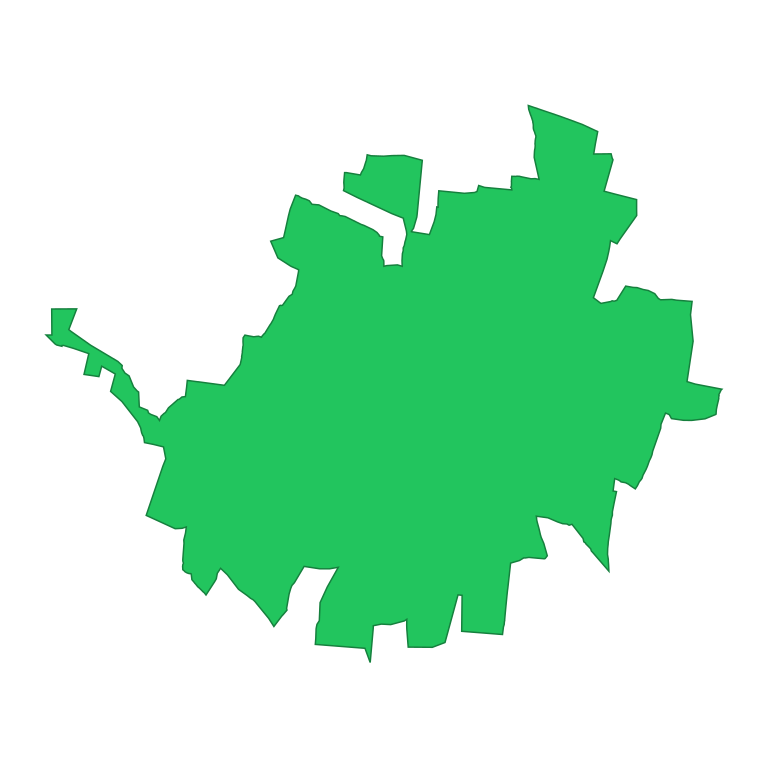 Sotuta, Yucatán, Mexico (Natural Earth projection)
{"feature_id": "50627088B40990940579560", "entity_name": "Sotuta", "entity_type": "district", "adm_level": 2, "iso_a3": "MEX", "parent_name": "Mexico", "parent_adm1": "Yucatán", "projection": "natural_earth1", "projection_center": [-88.999, 20.615], "detail": "fine", "context": "isolated", "style": "filled", "palette": "green", "viewbox_px": 768, "rotation_deg": 0, "n_neighbors": 0, "source": "geoboundaries", "source_scale": "gbopen_adm2", "svg_char_len": 6103}
<svg xmlns="http://www.w3.org/2000/svg" viewBox="0 0 768 768"><path d="M611.1,153.8L604.2,153.9L593.7,154.0L595.4,143.7L597.7,131.6L582.2,124.4L560.1,116.3L528.3,105.5L528.7,109.3L529.1,110.5L529.5,111.7L530.4,114.4L530.7,115.2L531.1,116.1L531.3,116.8L531.6,117.6L532.8,121.4L532.9,122.8L533.1,123.4L533.3,125.1L533.3,126.3L533.3,127.3L533.3,128.1L533.6,129.7L534.6,132.1L534.8,132.9L535.3,134.4L535.9,135.9L535.8,137.6L535.5,138.6L535.2,140.7L535.1,142.7L535.0,143.7L535.2,145.7L535.1,146.7L535.0,148.3L534.7,149.5L534.5,151.1L534.3,154.5L534.2,157.4L535.4,162.8L539.1,179.4L535.1,178.6L531.1,178.8L521.4,176.8L519.4,176.3L516.9,176.2L515.7,176.4L511.8,176.3L511.4,181.6L511.5,182.5L511.4,186.4L510.8,187.2L511.6,188.2L511.8,189.9L484.6,187.4L478.7,185.5L477.0,191.5L474.5,192.5L464.4,193.3L438.8,190.8L438.2,198.4L438.0,204.0L438.1,207.2L436.8,206.9L436.0,214.5L434.2,221.7L429.4,234.6L411.4,231.7L411.4,231.2L413.5,228.4L416.8,217.1L417.1,214.8L422.3,160.3L413.1,157.8L404.2,155.4L392.2,155.6L383.7,156.2L371.2,155.8L367.2,154.8L366.3,160.5L365.8,161.8L363.7,168.6L361.4,172.5L360.4,175.0L358.7,174.7L346.3,172.6L344.6,172.6L344.0,179.3L343.8,182.5L344.0,185.1L344.1,188.1L343.5,190.6L357.1,197.4L391.8,213.6L403.4,218.2L403.5,219.3L406.4,231.0L406.8,234.5L405.7,239.6L405.0,241.8L404.3,245.5L403.2,247.9L403.2,250.8L402.4,253.6L402.0,260.6L402.2,266.3L397.5,264.9L386.7,265.6L383.9,266.3L383.8,261.0L383.6,260.1L382.9,259.1L381.6,255.8L382.8,236.9L379.5,236.2L379.3,235.3L377.0,232.5L373.0,229.7L364.0,225.4L361.1,224.4L345.2,216.5L342.2,215.9L339.7,215.6L338.2,213.6L330.9,211.0L318.9,204.9L312.0,204.3L309.3,200.8L305.8,199.2L302.4,198.2L299.8,196.9L298.5,195.9L295.6,195.2L290.2,209.1L288.5,215.7L285.3,230.2L283.6,237.6L270.7,241.2L277.9,257.9L290.3,265.9L291.4,266.5L298.6,269.7L298.5,271.7L295.8,286.0L294.7,288.2L293.0,291.1L292.2,294.3L289.0,296.3L282.5,305.3L281.5,305.5L280.7,305.3L279.5,305.7L275.2,314.6L275.0,315.4L274.6,316.1L273.4,319.3L270.9,323.7L270.1,324.7L264.8,333.3L263.9,334.0L262.0,336.2L261.5,337.2L258.4,336.2L257.7,336.4L257.3,336.3L253.8,336.8L248.3,335.8L244.9,335.1L243.1,337.8L243.0,341.7L243.2,345.3L242.9,346.4L242.3,351.7L242.4,352.2L241.6,356.9L241.8,357.3L240.2,364.5L224.4,385.3L200.5,382.1L198.3,381.8L198.1,381.8L197.8,381.8L187.3,380.4L186.6,387.3L185.4,396.6L181.9,397.0L179.2,399.3L178.0,399.5L168.5,407.8L165.5,412.5L164.0,413.5L161.1,416.2L159.5,420.5L156.8,416.7L150.6,414.3L148.4,412.8L148.0,411.2L147.6,410.3L139.3,406.9L138.6,392.0L137.2,391.0L133.6,387.0L129.1,375.9L124.9,373.0L121.9,368.3L122.2,365.5L117.8,361.4L90.6,345.2L70.9,331.3L68.8,329.6L76.7,308.9L70.7,308.9L51.7,309.0L51.9,335.0L46.1,335.0L55.1,344.0L56.7,345.0L61.9,346.3L62.0,345.5L63.5,345.4L73.6,348.4L88.8,353.6L84.0,374.4L98.9,376.6L101.7,366.2L115.3,374.0L110.6,391.4L121.9,401.5L137.8,421.9L138.1,422.8L138.6,423.6L139.5,425.6L139.8,426.1L140.6,427.9L140.9,429.0L141.0,429.9L141.2,430.8L141.4,431.6L141.6,432.6L142.1,433.9L142.7,435.4L143.3,436.0L143.9,438.0L144.5,442.6L153.4,444.4L163.5,446.9L165.8,458.8L162.9,466.1L146.2,515.4L175.2,528.7L182.1,528.3L186.3,527.0L185.5,533.1L183.8,540.0L184.0,543.4L183.1,555.2L182.8,559.5L182.8,560.6L183.0,561.8L183.5,563.1L182.8,564.8L182.6,566.6L182.7,567.5L182.8,569.7L183.5,570.3L184.2,570.8L184.8,571.6L186.6,572.7L188.4,573.4L190.0,573.7L190.8,573.6L191.2,573.9L191.8,578.7L191.9,579.7L193.9,582.0L194.7,583.1L195.9,584.4L196.9,585.7L197.4,586.3L197.9,586.9L199.4,588.1L200.1,588.8L200.9,589.6L202.2,590.9L202.7,591.5L204.2,592.7L206.0,595.0L214.7,581.6L216.3,578.8L217.3,573.3L220.6,568.3L227.4,574.8L238.5,589.3L247.1,595.5L250.7,598.4L253.2,599.8L255.1,601.7L257.1,604.2L268.7,618.4L273.9,626.5L281.7,616.2L283.1,614.7L283.3,614.5L287.0,610.1L286.6,608.4L289.1,594.0L290.0,590.9L290.7,588.5L291.9,585.5L294.4,582.7L304.1,566.4L319.7,568.8L329.5,568.8L338.3,567.3L327.3,586.9L320.1,602.6L319.3,620.7L317.0,624.3L316.4,627.1L316.1,628.9L315.8,638.3L315.3,644.4L365.0,648.3L370.2,662.5L373.2,628.6L373.3,625.7L381.4,624.1L390.7,624.6L404.4,620.9L406.8,619.3L406.7,625.1L406.8,628.9L408.2,647.1L432.4,647.3L445.0,642.5L452.3,615.8L458.0,594.9L459.2,595.0L462.1,595.3L461.7,631.3L502.5,634.5L502.7,632.9L503.3,628.2L503.4,627.0L503.8,625.8L504.2,624.4L504.4,621.8L504.7,620.5L504.7,619.3L504.8,618.3L504.9,617.1L505.2,613.7L505.5,610.8L505.6,609.4L506.1,604.3L506.5,600.2L507.0,595.1L507.3,592.3L507.5,590.4L507.8,588.2L510.6,563.1L519.5,560.5L523.9,557.8L524.9,558.0L528.9,557.4L531.0,557.6L544.3,558.8L545.2,558.5L547.3,555.8L543.8,543.4L541.2,537.4L540.4,534.7L539.1,529.1L538.6,527.2L537.2,522.1L536.7,519.8L536.5,517.1L536.3,516.2L548.0,517.8L557.5,521.9L562.7,523.7L566.9,524.0L569.1,525.2L572.0,524.3L583.1,538.5L583.8,541.8L585.6,543.1L585.8,543.8L590.7,548.8L591.3,550.9L593.1,552.9L608.9,571.2L608.6,564.9L608.3,560.9L608.3,559.4L607.5,554.4L607.7,548.3L608.1,544.7L608.3,541.7L609.2,535.9L609.5,533.7L610.9,523.5L611.1,520.2L611.3,519.0L611.7,517.5L612.0,516.5L612.4,515.3L612.4,512.7L612.4,511.8L614.2,502.6L616.5,491.6L613.1,491.0L613.5,487.7L614.7,478.6L618.7,480.1L619.2,480.5L620.2,481.1L621.0,481.9L625.5,482.7L628.5,484.2L630.3,485.6L635.3,488.9L637.4,485.7L639.4,481.6L640.0,481.0L640.8,480.1L641.1,479.6L641.8,478.7L642.0,478.4L643.0,475.2L646.0,469.5L647.4,466.3L649.3,460.9L650.7,458.0L650.8,457.9L652.0,454.7L652.7,451.2L660.7,428.3L661.0,424.3L665.5,413.1L667.9,414.0L669.2,414.6L670.1,416.0L670.3,416.5L671.5,418.6L683.5,420.3L691.7,420.4L705.1,418.8L715.9,414.4L716.1,413.9L716.1,413.2L716.4,409.4L717.2,405.4L718.8,398.6L718.7,397.4L718.9,396.3L719.1,395.6L718.7,395.0L721.1,390.0L721.9,389.2L695.3,384.1L687.0,381.6L693.1,341.2L690.5,314.7L692.1,301.4L676.6,300.2L671.8,299.4L660.5,299.8L658.3,298.4L654.8,293.7L648.3,290.5L643.1,289.5L637.1,287.6L633.0,287.4L625.7,286.1L616.8,300.3L614.2,301.2L612.1,300.8L610.9,301.5L600.9,303.4L593.4,297.7L603.0,271.2L607.0,259.2L608.7,251.7L609.6,246.9L610.5,240.6L617.0,243.8L620.2,238.8L636.7,215.5L636.6,209.6L636.6,199.6L628.4,197.5L614.6,194.0L604.1,191.2L606.9,181.3L613.0,159.8L612.2,158.1L611.1,153.8Z" fill="#22c55e" stroke="#15803d" stroke-width="1.5"/></svg>